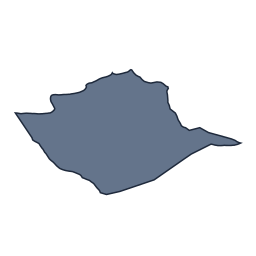 Morne Cayenne, Vieux Fort, Saint Lucia (Natural Earth projection), rotated 59°
{"feature_id": "8701671B31053612499035", "entity_name": "Morne Cayenne", "entity_type": "district", "adm_level": 2, "iso_a3": "LCA", "parent_name": "Saint Lucia", "parent_adm1": "Vieux Fort", "projection": "natural_earth1", "projection_center": [-60.957, 13.785], "detail": "fine", "context": "isolated", "style": "filled", "palette": "slate", "viewbox_px": 256, "rotation_deg": 59, "n_neighbors": 0, "source": "geoboundaries", "source_scale": "gbopen_adm2", "svg_char_len": 2960}
<svg xmlns="http://www.w3.org/2000/svg" viewBox="0 0 256 256"><g transform="rotate(59 128 128)"><path d="M60.7,176.1L60.8,177.0L61.1,177.7L61.7,178.4L62.3,178.9L63.0,179.4L64.1,179.9L64.9,180.1L65.7,180.4L66.8,180.4L68.3,180.4L69.9,180.5L73.3,180.7L73.8,180.9L74.1,181.3L74.4,181.7L74.6,182.3L74.7,182.8L74.9,183.4L75.0,184.3L75.1,185.0L75.1,185.9L75.0,186.7L74.8,187.4L74.4,188.1L74.1,189.0L73.7,189.9L73.3,190.6L73.0,191.2L72.6,192.1L72.0,193.3L71.7,194.1L71.2,194.9L70.8,195.7L70.4,196.4L70.0,197.1L69.3,198.2L68.5,199.2L67.8,200.2L67.1,201.2L66.3,202.7L65.6,203.5L64.5,205.2L63.7,206.4L63.0,207.4L62.3,208.8L61.8,209.8L61.3,210.9L61.0,211.6L60.7,212.2L60.3,212.8L59.8,213.4L59.2,214.0L58.7,214.7L58.3,215.1L58.2,215.2L57.1,216.8L87.0,215.3L87.9,215.6L89.3,215.8L91.7,214.6L93.2,213.6L95.5,212.3L97.8,212.3L101.0,212.1L102.5,211.8L105.9,211.9L107.6,211.5L113.9,211.3L116.1,210.7L119.0,209.6L123.8,208.6L127.0,207.5L128.0,207.0L130.1,205.4L132.2,203.5L134.4,201.0L136.8,198.0L138.7,196.5L142.9,193.4L144.4,192.8L147.1,192.7L148.4,191.6L150.5,190.1L153.1,188.0L154.8,187.4L157.9,186.0L161.7,185.6L163.3,185.4L166.5,184.7L167.7,184.7L169.2,185.0L169.4,184.8L173.9,180.7L178.2,167.6L185.9,132.3L183.5,96.8L182.9,87.2L184.6,65.1L185.9,63.7L187.2,62.5L187.4,62.3L188.3,61.2L189.1,60.3L189.3,60.1L190.8,57.7L191.6,56.2L192.1,55.1L192.5,54.3L192.6,54.0L192.9,53.7L193.4,53.0L195.5,49.6L196.2,48.3L196.5,47.6L197.0,46.6L197.5,45.7L197.6,45.3L197.8,44.6L198.4,42.7L198.7,41.0L198.9,39.2L198.7,39.4L197.9,40.2L197.2,40.7L195.6,41.8L195.0,42.0L194.3,42.3L193.8,42.6L193.2,43.0L191.9,44.0L191.0,44.7L190.7,44.9L173.3,61.4L164.7,66.3L161.6,76.7L157.4,78.5L155.9,80.0L153.6,81.1L151.1,80.8L146.7,80.8L143.1,80.0L141.8,79.9L139.6,79.7L133.4,82.1L129.9,81.0L127.4,80.7L126.6,80.7L124.9,79.6L119.9,77.1L117.1,76.1L116.0,75.3L114.8,73.1L114.6,73.1L114.1,72.9L113.3,72.6L111.8,73.8L108.0,75.1L105.8,76.3L103.4,79.5L101.3,85.2L99.6,87.2L96.5,90.0L94.1,90.9L93.2,91.1L90.6,91.5L88.8,92.8L86.8,93.9L84.0,94.6L82.1,94.8L80.2,94.9L79.5,95.5L79.5,96.9L79.8,98.2L79.8,99.7L79.3,101.1L78.4,104.4L77.2,108.0L76.1,110.5L74.8,111.8L73.7,112.7L72.8,113.0L72.6,113.0L73.0,113.7L73.4,114.4L73.5,115.0L73.6,115.6L73.5,116.7L73.4,117.8L73.2,119.3L73.0,119.8L72.9,120.5L72.7,121.1L72.6,121.5L72.3,122.2L72.2,122.7L72.0,123.3L71.7,124.2L71.6,125.1L71.4,125.9L71.3,126.5L71.3,127.1L71.2,127.6L71.2,127.9L71.2,129.7L71.1,131.1L71.1,131.8L70.9,132.8L70.8,133.7L70.7,134.6L70.7,135.1L70.6,135.6L70.4,136.2L70.2,136.7L69.8,137.5L69.5,138.4L69.4,139.3L69.4,140.2L69.4,140.8L69.6,141.3L69.8,142.0L70.1,142.2L70.6,142.3L71.4,142.5L71.7,142.9L72.1,143.5L72.4,144.2L72.7,144.9L72.9,145.9L73.0,146.8L72.9,147.7L72.7,149.3L72.5,150.9L71.9,152.9L70.8,156.1L69.5,159.2L68.9,161.0L68.4,161.7L67.9,162.8L67.3,163.9L66.4,165.4L65.7,166.8L65.1,168.2L64.5,169.3L64.0,170.3L63.4,171.1L62.5,172.3L61.9,173.1L61.4,174.2L61.0,174.9L61.0,175.1L60.7,176.1Z" fill="#64748b" stroke="#1e293b" stroke-width="1.5"/></g></svg>